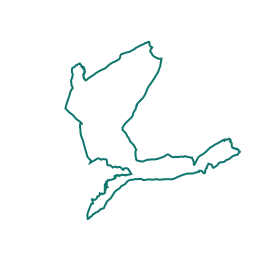 Korogwe, Tanga, United Republic of Tanzania (Albers equal-area conic projection), rotated 58°
{"feature_id": "72390352B3133588656991", "entity_name": "Korogwe", "entity_type": "district", "adm_level": 2, "iso_a3": "TZA", "parent_name": "United Republic of Tanzania", "parent_adm1": "Tanga", "projection": "albers", "projection_center": [38.446, -4.931], "detail": "fine", "context": "isolated", "style": "outline", "palette": "teal", "viewbox_px": 256, "rotation_deg": 58, "n_neighbors": 0, "source": "geoboundaries", "source_scale": "gbopen_adm2", "svg_char_len": 5852}
<svg xmlns="http://www.w3.org/2000/svg" viewBox="0 0 256 256"><g transform="rotate(58 128 128)"><path d="M65.1,68.2L65.2,70.3L64.7,73.2L64.2,78.9L64.3,80.0L64.5,80.5L64.2,86.3L63.0,89.8L62.6,91.9L61.9,93.9L61.9,94.4L62.2,95.4L62.8,96.4L64.5,97.8L64.9,99.3L64.9,102.5L64.3,106.8L64.3,109.8L65.3,115.8L64.7,119.9L64.4,125.4L64.8,129.9L64.8,134.2L65.4,139.4L65.0,138.8L64.6,138.7L63.8,139.1L63.1,138.8L63.0,139.0L62.5,138.7L61.9,138.7L61.7,138.9L60.4,138.1L60.0,138.1L59.9,137.6L59.7,137.5L59.2,137.7L59.0,137.1L58.6,137.1L58.3,136.5L58.4,135.8L57.7,135.6L57.6,135.1L57.0,135.0L57.2,134.6L56.5,134.5L55.9,134.0L55.4,134.1L54.9,133.7L54.4,134.3L53.6,134.6L53.4,134.4L53.0,134.5L53.0,134.3L52.6,134.1L52.9,133.4L52.7,133.3L51.2,134.9L50.4,134.7L50.1,134.4L49.0,134.6L48.7,134.5L48.2,134.9L48.1,134.7L47.9,134.7L47.9,135.3L47.4,135.6L47.4,135.9L47.6,137.9L47.2,139.1L47.6,140.1L47.8,140.8L47.7,143.6L48.0,144.0L49.5,145.1L51.2,146.0L52.9,146.4L53.7,146.7L56.4,149.5L57.3,151.0L58.5,151.5L59.5,152.2L60.8,152.6L61.4,153.0L61.9,153.3L64.0,153.4L64.8,153.7L65.3,154.5L65.3,155.0L65.8,156.2L67.1,158.0L69.6,160.6L71.5,163.1L75.8,168.2L78.3,170.7L83.8,169.5L87.4,168.0L93.0,167.1L97.8,165.1L99.5,164.8L99.8,164.9L99.1,165.5L99.3,166.5L102.0,168.3L103.5,168.9L107.1,170.9L109.0,171.5L109.9,172.0L114.2,172.7L122.0,175.1L130.6,177.5L131.7,177.6L133.2,177.4L134.2,177.0L136.2,176.8L137.5,178.6L137.7,172.8L137.7,170.5L137.8,169.7L138.6,168.6L140.5,167.7L140.8,167.5L140.9,165.9L142.9,163.4L143.4,163.0L144.0,163.0L148.0,164.9L148.5,165.0L149.0,164.8L149.5,163.9L150.8,162.5L153.4,161.9L154.1,159.0L155.6,158.3L155.8,158.0L156.0,156.9L156.7,155.6L158.7,154.7L159.7,154.8L160.1,154.7L161.0,154.1L160.5,153.4L160.4,152.9L160.5,151.9L160.7,151.4L161.8,150.1L163.0,149.5L168.6,149.6L168.3,150.1L168.4,151.2L167.2,153.6L167.2,154.4L166.6,154.7L166.6,154.9L166.8,155.1L166.8,155.3L165.9,156.3L165.2,156.8L165.1,157.4L164.3,158.1L164.3,159.5L164.0,159.9L163.9,160.4L163.7,160.5L163.9,161.0L163.3,161.1L163.3,161.4L162.5,161.8L162.6,162.1L162.3,162.4L162.4,162.6L162.1,162.8L162.3,163.1L162.3,164.1L161.9,164.1L161.9,164.4L161.6,164.6L161.7,165.0L162.3,165.3L163.2,164.9L163.5,164.9L163.5,165.5L163.9,166.6L163.4,167.6L163.1,169.4L162.3,171.0L162.2,171.3L162.4,172.1L162.1,172.8L161.6,172.9L162.0,173.6L162.3,173.6L162.6,174.4L162.1,174.8L162.2,175.3L162.8,175.7L163.3,176.4L163.7,175.4L164.0,175.4L164.5,175.6L164.8,176.1L164.3,176.9L163.7,176.9L163.6,177.2L163.6,177.5L164.6,178.3L165.0,178.4L165.3,178.2L164.5,177.9L164.6,177.4L164.8,177.2L165.9,177.3L166.5,177.1L166.8,176.7L167.2,176.6L167.1,177.3L167.4,178.2L167.0,178.2L166.5,178.5L166.6,179.6L167.3,180.2L167.7,180.2L168.6,179.9L168.9,180.3L169.1,181.1L169.3,181.3L170.2,181.3L170.9,182.5L170.6,183.8L170.6,184.7L170.5,185.0L170.3,185.1L169.8,184.9L169.5,185.3L169.3,186.2L168.5,186.6L168.8,186.9L169.6,187.3L169.9,187.7L170.3,189.1L170.0,189.6L169.9,190.3L170.2,190.8L170.6,191.0L171.4,193.1L171.4,193.8L171.2,194.7L169.7,195.8L169.4,196.4L173.5,197.6L172.9,199.3L175.2,202.6L179.9,208.5L183.8,210.3L184.0,209.6L183.6,208.3L183.4,205.1L182.8,203.8L182.6,203.0L182.9,202.1L182.6,199.7L183.0,198.5L182.3,193.4L183.1,191.8L183.1,190.7L182.0,189.4L180.7,187.1L179.4,185.2L179.0,184.1L178.4,179.7L175.6,174.1L175.0,172.4L174.7,170.6L174.7,167.1L173.7,164.3L174.0,161.7L174.0,159.9L173.1,157.8L172.8,155.3L173.5,152.7L174.4,151.4L175.2,148.8L176.2,147.5L177.5,144.9L178.5,143.4L180.1,142.8L180.6,142.3L182.3,138.1L185.0,134.3L186.7,130.7L188.7,128.5L190.4,124.9L192.0,122.1L194.5,118.4L195.2,117.0L195.7,113.6L195.8,111.6L196.4,108.9L196.7,106.5L198.1,102.1L198.2,101.6L200.6,97.8L201.3,96.1L201.3,94.9L202.0,93.2L202.2,92.2L202.8,91.2L201.9,90.2L203.3,88.4L204.6,88.0L205.8,87.9L206.7,87.6L206.8,87.4L206.7,86.4L206.1,85.8L205.4,85.4L204.8,84.9L203.7,83.2L203.7,82.3L202.7,81.8L201.5,79.4L200.9,78.7L201.5,78.4L203.3,76.5L204.8,76.7L205.7,77.0L206.6,77.0L207.0,76.7L207.1,75.2L206.9,74.1L207.1,73.2L206.8,71.8L205.9,69.5L206.2,67.4L206.8,66.6L207.6,64.6L207.3,61.4L207.8,59.3L207.9,57.8L207.6,56.9L207.4,53.5L208.1,51.1L208.2,50.3L208.8,49.2L207.9,47.6L207.8,46.3L207.2,45.7L206.6,46.3L205.6,46.1L205.3,46.2L204.8,45.9L204.1,46.4L203.1,46.7L203.2,47.6L203.0,47.9L202.6,48.2L202.0,48.2L201.4,48.5L201.1,49.1L200.5,49.3L200.4,49.8L200.2,49.9L198.5,49.7L195.8,48.1L194.8,48.2L193.8,48.7L193.4,47.8L193.0,47.5L192.5,47.7L191.9,47.3L191.5,47.3L190.4,48.3L190.8,49.2L190.7,49.5L190.3,50.2L189.6,50.9L189.2,51.7L189.9,52.4L190.0,53.2L189.7,53.2L189.1,52.9L188.9,53.0L188.6,54.0L188.6,58.0L188.2,63.1L188.3,67.0L188.2,68.8L189.5,74.8L189.6,76.0L189.9,77.3L189.8,82.0L189.9,83.4L190.3,84.3L191.2,85.9L194.4,91.2L194.3,91.5L193.0,91.2L192.0,90.3L189.2,89.7L187.6,89.7L187.0,89.5L186.5,90.4L185.1,91.6L184.3,92.6L182.3,94.3L182.0,95.1L182.0,96.0L180.2,98.4L179.2,101.0L178.5,101.6L178.2,102.5L177.6,102.9L177.0,104.5L176.3,105.7L175.7,106.1L172.7,107.4L171.6,108.0L171.2,109.1L171.4,111.7L171.2,113.6L169.8,119.5L168.6,122.4L167.3,124.2L167.0,125.1L165.8,127.2L164.9,129.7L164.2,133.5L162.6,135.3L162.0,135.8L161.6,136.4L159.9,137.8L158.7,137.7L157.4,136.9L155.2,136.3L154.4,135.5L151.9,134.3L150.9,132.5L148.6,132.5L147.8,132.2L145.7,132.2L142.0,132.9L140.2,133.4L139.6,133.1L137.9,132.8L134.3,132.9L132.8,132.7L130.7,132.7L127.1,133.5L126.8,133.7L126.2,133.2L124.9,132.7L124.1,131.2L122.7,127.8L120.7,118.8L119.7,117.1L118.2,115.6L117.5,114.6L117.1,114.1L116.5,112.0L116.1,111.8L115.3,110.7L114.9,110.5L114.1,109.1L113.7,109.1L113.4,108.9L113.3,108.3L112.9,108.2L112.9,107.7L112.3,107.2L110.2,98.8L108.4,95.4L104.1,89.4L100.8,81.5L96.6,73.0L92.5,67.8L86.9,62.9L86.7,63.4L86.0,64.2L85.7,65.3L81.0,68.2L78.9,68.5L76.3,68.4L74.7,68.6L73.3,66.9L72.7,65.2L72.5,65.3L72.3,64.8L70.7,65.6L69.7,65.7L68.7,65.6L67.2,64.9L66.8,64.5L66.3,64.4L65.6,65.8L65.6,67.3L65.3,68.1L65.1,68.2Z" fill="none" stroke="#0f766e" stroke-width="2"/></g></svg>